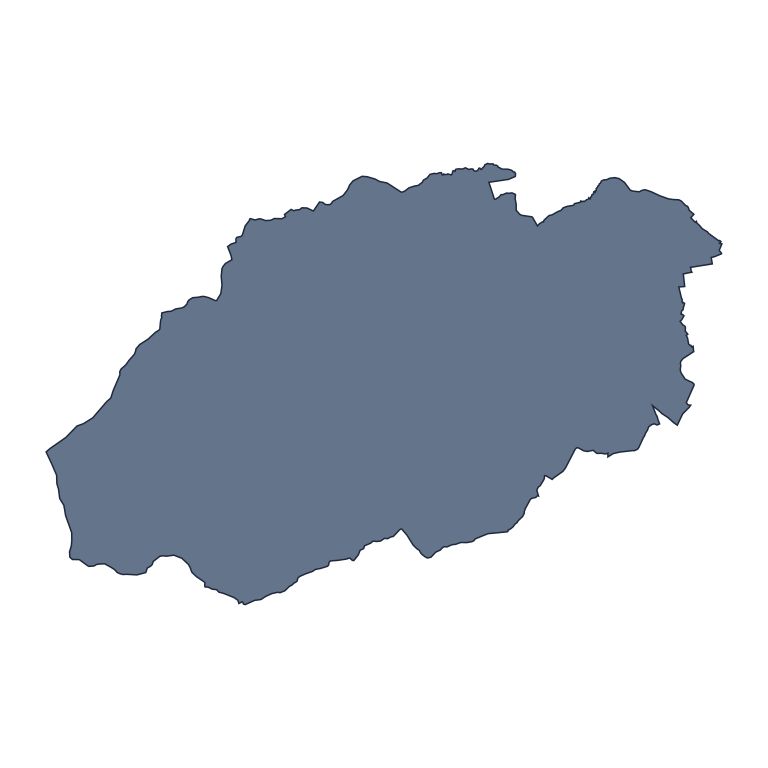 the district of Rasca, Suceava, Romania
{"feature_id": "2599482B72754053923518", "entity_name": "Rasca", "entity_type": "district", "adm_level": 2, "iso_a3": "ROU", "parent_name": "Romania", "parent_adm1": "Suceava", "projection": "orthographic", "projection_center": [26.151, 47.341], "detail": "fine", "context": "isolated", "style": "filled", "palette": "slate", "viewbox_px": 768, "rotation_deg": 0, "n_neighbors": 0, "source": "geoboundaries", "source_scale": "gbopen_adm2", "svg_char_len": 6107}
<svg xmlns="http://www.w3.org/2000/svg" viewBox="0 0 768 768"><path d="M280.1,592.7L285.0,590.7L289.6,586.2L291.7,585.3L293.9,583.2L296.5,581.7L297.2,581.0L297.8,578.1L299.6,576.5L305.6,573.8L312.3,571.5L315.5,569.4L320.3,568.5L327.5,566.3L328.6,565.1L329.1,562.2L330.6,560.9L337.6,560.4L346.2,559.1L349.7,558.0L352.4,560.4L353.9,560.5L358.3,554.9L360.1,550.3L363.7,548.6L364.5,545.8L370.6,543.2L373.1,541.1L376.7,541.5L380.7,541.0L384.3,538.4L387.6,538.7L390.7,537.0L393.4,536.4L399.5,529.9L400.6,529.1L401.7,529.0L407.0,535.2L413.1,545.0L416.8,548.7L419.4,550.4L420.7,553.0L422.1,554.5L425.1,556.8L427.5,558.0L431.0,557.2L435.7,552.2L440.4,550.0L442.5,547.6L444.4,546.7L447.0,546.9L452.0,544.7L455.7,544.3L460.8,542.5L466.7,542.6L471.9,541.7L473.9,540.7L475.2,538.9L487.9,533.7L507.4,531.8L508.0,531.1L508.2,530.0L509.8,529.4L512.9,527.0L515.0,524.1L517.1,522.6L518.1,520.8L522.6,516.5L524.2,513.5L524.2,511.8L525.4,508.5L530.4,499.3L532.1,498.2L535.7,497.5L537.5,495.6L538.5,496.0L536.8,490.2L538.2,487.2L540.1,485.8L543.7,480.0L544.3,478.4L544.6,475.7L546.0,475.8L552.2,479.4L553.4,478.1L562.9,471.4L565.5,468.0L575.2,449.2L576.6,447.8L578.4,447.9L583.5,450.7L587.3,451.5L593.1,450.3L596.8,453.4L601.8,453.3L604.4,453.9L606.4,453.8L607.9,453.1L607.9,456.9L613.2,453.6L619.7,452.1L632.5,450.6L634.4,450.7L637.7,449.1L638.8,447.5L643.6,437.2L644.5,436.0L645.6,433.1L647.5,430.1L648.5,427.3L649.2,426.4L651.7,424.6L654.2,423.8L657.1,425.0L659.6,423.9L658.0,419.7L657.1,416.3L656.0,414.6L652.6,405.7L659.6,411.3L662.0,413.7L667.8,417.4L673.6,422.6L677.3,425.2L682.6,414.0L689.2,407.3L690.7,405.2L688.1,404.9L686.3,402.7L694.1,385.1L694.0,384.1L692.5,382.6L685.2,379.2L681.2,373.1L680.4,370.8L680.3,369.1L680.8,365.7L680.4,363.3L680.8,361.3L683.1,358.5L693.7,351.6L693.1,346.3L692.0,347.1L691.5,346.2L691.0,346.1L690.9,345.4L689.5,344.9L688.6,343.9L687.5,337.8L686.2,335.5L687.8,334.2L685.3,331.1L685.4,327.4L684.9,326.2L682.8,324.8L680.1,321.3L681.8,319.7L684.0,315.8L682.7,314.6L681.0,314.0L681.7,310.8L683.1,309.7L683.1,308.7L684.6,303.4L683.1,302.4L682.7,302.8L682.2,301.8L682.1,299.2L681.4,297.8L678.8,287.0L684.7,286.5L683.3,273.9L691.9,272.2L690.9,270.3L691.0,269.1L690.4,267.4L712.3,263.9L711.2,257.5L714.5,256.7L721.5,253.8L721.5,253.2L719.6,250.9L719.3,250.1L721.9,243.9L719.5,243.3L721.0,241.7L720.2,240.9L719.3,240.5L718.9,240.9L708.6,233.4L707.5,231.9L702.4,228.8L698.9,224.8L697.0,223.2L696.4,221.3L695.3,222.3L690.8,217.8L693.9,214.3L689.3,210.4L688.2,207.3L687.2,206.1L685.6,205.5L681.1,200.9L678.7,199.8L673.0,199.5L668.3,198.8L659.9,195.8L651.1,191.7L646.1,190.0L644.2,189.8L641.3,190.6L639.4,191.8L632.9,191.1L630.2,190.1L624.5,182.4L619.1,178.6L614.9,177.6L609.5,178.3L606.7,179.7L603.8,179.9L601.4,181.0L600.5,183.1L599.2,184.0L599.1,185.0L597.7,186.3L597.7,187.0L596.1,188.7L596.3,189.8L596.1,190.7L595.1,190.9L595.1,191.9L594.6,191.4L593.8,191.8L593.8,192.7L593.4,193.1L593.5,194.0L591.8,194.9L591.6,196.4L590.5,197.3L590.2,198.8L588.8,197.9L588.8,198.9L586.5,199.8L584.2,201.6L583.5,201.2L582.2,201.6L580.9,200.9L580.6,201.2L580.8,201.8L580.2,202.3L574.5,203.6L573.6,205.3L567.4,206.3L563.2,207.8L561.0,210.4L558.0,211.5L551.8,215.0L549.7,215.3L548.4,216.1L544.0,220.2L543.5,221.8L542.5,221.8L539.4,223.8L537.4,225.9L532.6,217.4L531.8,216.8L521.6,215.3L519.6,214.2L516.2,210.2L516.2,204.3L515.1,198.5L515.5,195.0L515.2,194.3L512.0,192.9L508.6,193.3L506.6,193.0L503.1,194.6L501.1,194.6L499.4,196.7L495.9,199.0L494.7,199.4L494.4,199.1L488.9,182.3L508.5,179.4L515.3,176.5L515.6,173.8L514.6,172.0L513.4,171.9L511.7,170.3L508.1,169.2L502.0,169.1L499.4,167.6L498.2,167.4L497.9,166.3L496.6,165.3L493.9,165.0L493.0,163.8L489.8,164.0L487.6,163.4L484.7,164.9L484.4,166.3L482.5,167.9L481.6,169.4L481.1,169.5L479.9,168.2L479.1,168.1L477.5,170.6L476.1,171.1L474.0,170.9L473.2,169.3L472.6,169.0L470.9,168.9L469.1,169.5L465.4,167.8L462.2,169.1L458.9,168.8L456.0,169.2L455.4,169.7L455.2,171.2L453.1,170.7L451.9,174.2L451.3,174.9L447.8,173.9L446.7,174.5L444.7,174.5L443.8,174.0L443.1,175.0L442.0,174.6L441.5,172.7L439.6,172.7L436.7,173.7L434.1,173.4L430.0,174.4L427.1,178.0L423.3,180.2L422.4,182.2L418.2,185.4L414.3,186.1L409.0,187.8L404.8,191.1L401.9,192.2L401.2,192.1L387.1,183.0L379.4,181.4L375.2,179.1L367.1,176.7L362.1,176.3L353.1,180.8L349.7,184.9L347.6,189.7L343.1,195.5L332.5,201.5L331.6,203.2L329.8,204.6L327.3,204.7L324.9,204.3L322.9,202.5L319.5,202.0L313.4,211.0L307.0,208.0L301.9,207.8L299.6,209.6L295.5,210.1L293.9,210.8L291.1,209.4L284.5,214.5L285.5,216.7L281.9,218.7L274.3,218.5L271.0,220.2L265.6,220.6L260.8,218.9L258.7,218.9L255.1,220.0L250.4,218.6L249.7,219.0L249.3,220.6L245.1,226.0L242.5,234.6L241.4,236.3L237.0,237.3L236.3,238.1L235.9,239.1L236.0,242.4L231.0,244.1L227.6,246.6L231.0,255.4L231.9,259.7L225.4,263.5L223.1,266.4L222.0,268.6L221.2,276.2L222.0,285.2L221.0,292.3L220.7,293.8L216.6,300.6L215.6,300.7L208.5,297.6L204.3,296.5L202.2,296.4L198.4,297.2L192.6,297.7L189.0,300.0L187.7,301.7L186.8,304.3L183.8,307.1L181.5,308.0L175.8,308.9L171.4,311.2L167.5,311.5L161.9,312.9L161.4,316.2L161.9,317.4L161.0,319.1L160.5,321.4L159.8,329.1L158.8,330.3L155.6,332.2L148.1,339.1L139.6,344.6L136.0,348.9L135.7,350.8L134.4,354.2L129.3,360.0L125.6,365.1L121.2,368.9L119.8,371.5L119.9,374.9L113.4,390.0L110.8,398.0L106.7,401.6L92.8,417.8L83.4,423.7L77.0,426.0L65.8,437.5L50.3,448.3L46.1,451.9L51.6,463.6L56.6,475.2L56.9,483.8L58.5,489.0L59.7,498.5L63.9,505.4L65.6,515.6L71.7,532.7L71.8,540.5L71.3,546.0L69.5,551.9L69.9,557.2L72.4,559.5L79.3,559.6L87.6,565.7L89.0,566.4L94.0,566.0L96.5,564.5L98.6,564.1L104.6,563.8L110.7,567.1L114.6,569.6L117.1,572.4L119.9,573.7L122.9,574.5L126.6,574.3L136.9,574.9L145.7,572.6L147.4,567.9L150.5,566.3L152.3,564.4L153.1,561.6L159.8,556.3L162.9,555.8L166.4,556.2L173.9,555.2L181.9,558.3L188.4,564.4L190.0,567.3L191.9,572.3L196.5,576.7L204.5,582.1L204.9,582.9L204.7,586.1L205.2,587.0L208.1,587.1L212.0,589.1L216.6,589.7L218.8,592.1L223.9,593.5L233.9,597.5L237.9,600.3L238.9,603.5L242.2,601.8L242.7,602.1L243.5,604.1L245.2,604.6L254.6,600.4L261.0,599.5L265.5,596.5L271.8,593.6L277.6,592.3L280.1,592.7Z" fill="#64748b" stroke="#1e293b" stroke-width="1.5"/></svg>